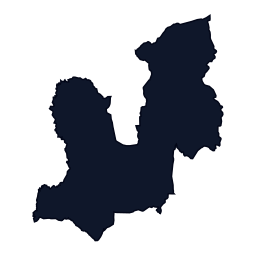 Hon Quan, Bình Phước, Vietnam (Equal Earth projection)
{"feature_id": "81297802B26799209243085", "entity_name": "Hon Quan", "entity_type": "district", "adm_level": 2, "iso_a3": "VNM", "parent_name": "Vietnam", "parent_adm1": "Bình Phước", "projection": "equal_earth", "projection_center": [106.554, 11.627], "detail": "fine", "context": "isolated", "style": "filled", "palette": "ink", "viewbox_px": 256, "rotation_deg": 0, "n_neighbors": 0, "source": "geoboundaries", "source_scale": "gbopen_adm2", "svg_char_len": 5736}
<svg xmlns="http://www.w3.org/2000/svg" viewBox="0 0 256 256"><path d="M73.2,77.2L72.0,78.8L69.9,79.0L69.5,79.5L68.1,79.8L68.7,81.8L67.0,82.0L65.5,81.0L64.9,79.9L64.6,80.2L64.7,81.7L64.4,81.8L63.6,81.4L61.8,81.5L60.8,80.6L60.9,82.3L60.3,84.1L59.8,84.0L59.1,82.9L58.7,83.4L58.5,85.1L58.1,85.0L57.6,84.1L57.0,84.2L56.7,85.4L57.1,88.2L56.2,88.3L56.1,88.5L56.2,89.2L57.0,90.2L57.1,90.7L56.0,92.5L55.9,93.1L56.8,95.4L56.6,95.8L55.2,95.8L55.7,96.9L55.5,97.6L54.4,97.0L53.3,97.3L53.5,99.4L52.4,102.5L52.9,103.2L53.8,103.6L53.5,104.6L54.2,105.5L53.8,106.2L53.3,106.5L50.6,106.4L50.1,108.1L49.6,108.6L50.3,109.4L52.7,110.8L53.1,111.8L53.1,112.5L52.3,114.9L53.9,117.3L55.5,118.9L55.2,120.6L54.1,122.9L56.2,123.5L56.3,124.3L55.8,126.2L56.5,127.9L55.0,129.9L55.4,130.8L56.4,130.8L56.6,132.9L57.5,133.3L57.8,133.7L58.2,135.8L57.9,136.9L59.7,137.0L61.1,137.8L62.0,137.1L62.1,137.5L61.4,138.7L61.5,139.3L61.9,139.5L63.1,139.2L64.5,139.9L64.7,142.2L67.1,144.1L65.7,148.5L65.1,148.7L65.1,150.1L66.8,153.4L67.2,157.8L68.5,158.7L68.5,159.9L69.2,161.2L68.5,162.1L67.6,161.4L66.9,161.5L66.7,162.4L67.8,163.6L69.2,167.1L69.9,167.7L70.2,168.6L67.5,171.5L67.1,174.7L64.1,179.9L63.6,182.0L63.1,182.5L60.9,182.6L60.2,183.0L59.9,183.5L60.1,185.2L58.7,185.0L57.4,186.9L56.9,186.3L55.8,187.3L55.0,187.0L54.2,185.9L53.7,185.7L52.9,186.2L50.5,188.7L50.1,188.8L49.6,188.6L49.1,187.0L47.2,186.9L46.6,185.4L45.6,185.4L44.8,184.8L44.3,184.8L43.7,185.3L43.0,186.9L42.5,186.7L42.4,185.8L41.9,186.0L41.6,186.8L41.8,188.0L41.6,188.4L39.8,188.1L39.9,190.1L39.1,189.3L38.6,189.5L38.8,192.4L38.2,193.1L37.7,196.6L36.7,200.1L37.3,202.6L36.5,204.2L36.7,205.8L36.6,206.8L37.0,207.9L36.5,209.0L36.9,210.6L35.4,210.8L33.2,212.8L33.3,213.4L34.2,214.3L34.1,214.7L33.2,215.0L33.2,216.3L35.0,216.5L34.7,217.2L33.6,218.3L34.5,221.8L36.7,221.0L38.3,219.3L39.4,217.4L40.2,217.1L43.6,218.6L47.8,218.2L49.8,218.2L50.9,218.6L55.9,218.5L58.5,220.1L61.6,220.6L62.5,220.2L62.8,219.7L65.0,218.2L65.4,218.3L65.9,219.0L67.1,218.9L68.4,218.0L68.6,218.8L70.4,219.3L71.3,220.4L72.6,220.6L74.3,223.0L75.1,223.6L76.0,225.4L78.0,226.3L81.1,228.9L81.7,230.3L83.5,230.9L85.4,230.8L86.0,231.7L87.2,232.0L87.7,233.0L88.5,233.5L89.2,234.8L90.1,235.3L92.7,238.0L93.9,238.8L95.2,240.6L97.4,240.5L98.4,239.8L100.6,236.6L102.1,233.5L102.5,231.9L103.4,230.9L103.7,228.8L104.1,228.8L104.7,230.0L106.7,227.6L109.4,226.6L113.2,224.2L113.8,220.3L113.6,217.2L113.9,212.0L116.1,212.4L129.5,212.7L133.0,211.8L134.3,210.7L138.4,209.6L142.3,211.0L143.4,210.8L149.2,206.7L151.8,207.4L153.2,206.2L154.9,206.9L158.1,207.2L158.2,207.9L158.0,208.5L156.6,209.8L156.5,210.4L157.3,211.0L157.8,212.0L159.3,212.3L159.6,213.2L160.3,213.5L161.0,211.7L161.1,210.1L160.4,208.1L160.6,206.8L163.1,203.8L164.9,202.5L165.1,202.0L165.0,199.5L167.0,198.6L167.9,197.5L168.1,194.0L168.6,193.7L174.1,193.8L173.3,192.9L173.3,192.4L173.4,190.9L173.1,189.4L173.0,185.0L171.5,176.4L172.7,164.4L173.5,160.1L173.5,158.7L173.1,157.3L173.0,156.0L173.4,150.9L173.7,149.9L175.0,149.0L175.5,145.0L176.4,144.0L176.8,145.4L176.9,147.4L179.2,149.6L179.8,151.0L180.7,151.4L181.3,152.3L181.7,152.5L182.7,151.9L183.2,152.1L184.0,155.1L184.7,155.9L186.9,155.5L188.9,156.5L190.9,158.5L192.6,158.6L197.6,150.6L201.3,147.6L202.0,147.4L203.9,146.0L206.1,146.2L208.5,147.0L209.4,147.7L210.3,149.0L213.1,150.7L214.4,150.5L214.3,149.4L215.9,148.2L215.4,146.0L215.6,144.9L217.4,144.9L219.4,145.9L219.9,145.1L219.7,142.4L221.0,138.9L220.7,138.1L218.6,136.5L218.7,133.5L217.8,131.9L217.8,130.8L217.9,126.3L218.5,125.9L220.0,126.0L220.8,125.5L221.5,121.3L220.9,117.4L222.0,116.1L222.8,114.7L222.8,114.0L222.5,112.4L221.4,111.4L220.6,110.0L221.0,108.6L222.4,107.4L222.3,106.7L221.7,106.1L220.2,105.9L219.3,103.9L217.6,101.6L214.7,99.9L213.6,98.8L213.5,98.2L213.7,97.7L215.7,97.1L215.9,95.6L213.3,89.9L209.3,86.4L205.4,85.3L204.0,84.5L202.1,81.3L201.6,79.0L202.0,77.6L204.0,76.4L205.0,73.0L206.7,71.4L208.9,68.5L208.9,67.5L208.6,66.8L206.6,65.4L206.6,64.4L209.2,61.4L211.7,61.5L212.7,59.5L214.9,58.0L215.0,56.7L213.6,54.5L214.0,53.8L215.6,52.9L216.4,51.7L216.2,50.7L213.9,49.0L213.6,48.2L213.8,46.3L210.6,39.5L210.2,38.0L210.2,34.9L209.9,32.1L208.7,29.6L208.9,27.6L208.2,24.0L207.6,22.4L207.6,21.3L208.2,20.6L209.8,20.2L210.0,19.1L209.9,15.4L206.5,17.7L202.9,19.4L202.0,19.5L201.3,19.1L197.3,19.7L191.5,21.6L180.1,24.6L178.1,23.4L176.9,23.4L174.9,24.3L173.7,24.3L170.6,26.7L167.8,27.5L166.1,28.9L164.8,31.3L163.2,33.1L160.6,37.0L159.4,38.1L158.0,38.2L157.5,38.9L156.5,41.7L155.3,43.0L153.9,43.1L152.3,44.3L151.2,44.3L150.1,42.8L148.5,41.8L147.6,41.9L146.6,42.8L144.0,43.2L140.9,45.9L140.2,47.3L139.4,47.5L139.0,48.2L137.3,49.3L136.7,50.4L135.8,50.8L135.5,50.6L135.8,53.9L136.9,55.1L137.2,56.1L137.6,56.2L140.2,59.4L143.4,60.3L144.9,59.9L148.0,62.5L149.1,63.1L148.9,65.5L149.3,69.2L149.5,69.7L151.4,71.4L151.7,73.5L151.7,74.6L149.7,80.1L149.1,80.1L143.4,87.4L143.4,88.6L143.9,90.7L143.8,93.8L144.1,95.1L144.8,96.6L146.6,98.8L146.6,100.1L147.0,100.2L147.0,100.5L146.2,103.7L146.1,105.9L144.1,106.8L142.4,106.8L141.3,107.6L141.0,111.5L140.3,113.0L140.3,113.8L140.9,114.1L140.9,116.4L139.9,116.8L139.8,117.8L140.0,125.6L136.0,125.8L137.4,130.4L138.9,131.9L138.1,133.7L137.8,136.0L138.0,137.1L139.2,139.4L139.1,139.8L138.5,141.3L138.4,143.0L137.4,144.7L130.0,145.8L126.4,145.8L122.8,145.0L116.6,141.4L115.7,140.5L112.8,126.6L112.2,122.5L111.1,119.2L110.7,114.9L106.8,112.8L106.3,110.5L106.2,108.9L108.3,107.2L109.1,106.0L109.7,104.5L110.0,103.2L110.3,97.7L110.8,96.6L107.8,96.7L105.6,98.4L103.5,98.5L103.1,98.3L102.8,97.0L100.2,94.4L97.5,92.9L96.6,88.9L95.3,88.7L94.3,87.1L93.1,86.1L92.5,83.4L90.6,81.6L90.5,80.9L90.0,80.5L88.6,79.9L87.3,80.1L85.6,78.5L83.9,79.5L83.1,79.5L82.0,79.4L80.2,78.0L78.3,78.1L74.9,77.2L73.2,77.2Z" fill="#0f172a" stroke="#020617" stroke-width="1.5"/></svg>